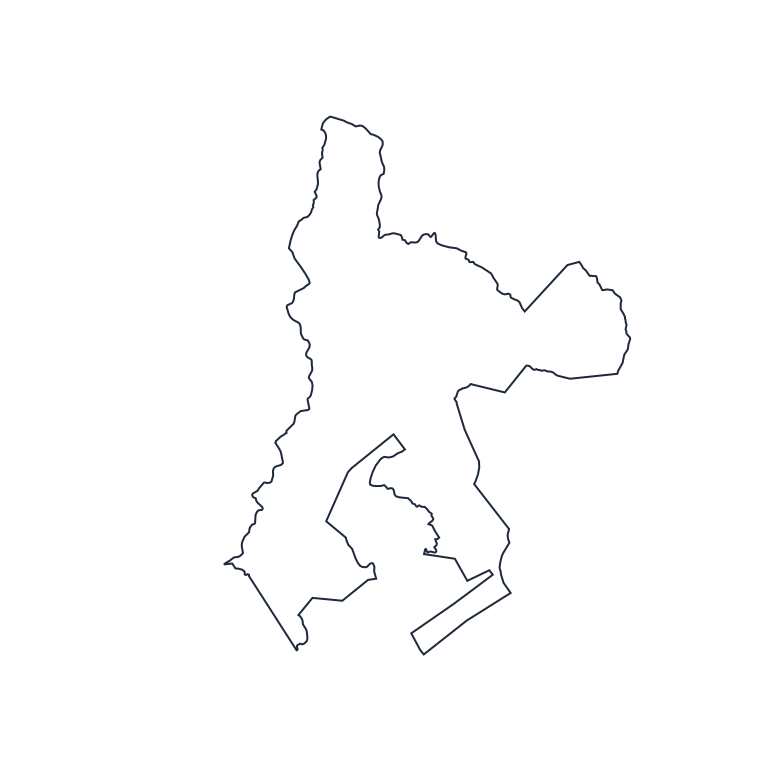 Guarita, Lempira, Honduras, rotated 51°
{"feature_id": "27666195B2541592461056", "entity_name": "Guarita", "entity_type": "district", "adm_level": 2, "iso_a3": "HND", "parent_name": "Honduras", "parent_adm1": "Lempira", "projection": "mercator", "projection_center": [-88.84, 14.202], "detail": "fine", "context": "isolated", "style": "outline", "palette": "slate", "viewbox_px": 768, "rotation_deg": 51, "n_neighbors": 0, "source": "geoboundaries", "source_scale": "gbopen_adm2", "svg_char_len": 6165}
<svg xmlns="http://www.w3.org/2000/svg" viewBox="0 0 768 768"><g transform="rotate(51 384 384)"><path d="M218.7,372.5L223.8,372.2L230.1,374.5L241.2,375.0L249.4,375.8L255.5,376.8L258.1,377.8L258.8,378.4L259.1,379.2L258.7,382.3L258.9,386.2L256.8,395.5L257.6,396.9L261.5,400.9L262.9,403.1L263.2,404.7L262.0,409.2L262.3,410.3L263.0,411.3L270.0,414.1L273.4,414.7L277.2,414.1L282.7,411.8L284.7,411.8L287.1,412.8L292.6,416.9L297.9,418.2L299.3,417.9L302.2,415.8L304.4,416.1L306.4,416.8L307.7,417.8L308.8,419.4L310.7,424.4L312.0,426.0L313.2,426.6L314.7,426.7L318.5,425.3L319.6,425.2L320.9,425.8L323.7,428.1L326.8,429.9L328.6,431.8L330.6,436.9L331.5,438.2L332.9,438.8L337.0,438.8L340.3,440.5L343.4,443.6L346.6,447.8L347.3,449.4L347.4,452.4L347.9,453.2L355.1,456.9L356.3,457.7L356.5,458.5L356.1,459.9L352.6,465.8L352.5,471.2L352.8,472.7L357.4,478.0L358.0,479.3L359.0,489.3L360.8,490.7L360.3,491.9L360.5,492.9L359.9,497.4L360.3,503.7L361.4,505.5L366.2,505.9L371.0,506.7L372.8,507.4L381.0,511.7L381.9,512.5L382.1,514.9L380.1,519.8L379.9,521.2L380.2,522.8L381.6,525.0L385.5,527.8L388.9,532.8L389.0,534.4L387.7,536.9L385.5,538.6L385.1,539.4L386.3,546.3L387.4,549.5L386.6,554.6L386.8,555.6L387.4,556.4L389.1,556.9L390.2,556.7L392.0,555.6L394.0,556.6L396.1,557.0L402.8,556.1L404.1,556.4L404.9,557.2L404.9,558.3L403.4,560.6L403.2,562.0L403.5,563.3L405.0,566.3L410.7,571.5L411.2,572.6L410.3,575.0L410.7,576.7L411.2,578.6L412.1,579.9L414.3,582.1L414.9,588.4L416.7,592.0L417.8,594.0L420.3,596.5L426.7,600.0L427.1,603.2L426.9,604.8L426.7,605.9L424.7,609.1L424.3,610.5L424.2,615.9L423.8,617.2L423.4,622.0L428.0,614.9L433.9,615.5L435.6,613.6L439.0,611.1L441.8,610.4L442.7,610.8L443.8,611.8L444.8,612.0L445.6,611.4L445.9,609.7L447.1,609.0L447.7,609.2L448.2,609.8L535.9,619.5L536.1,618.7L535.7,618.0L533.1,616.9L532.5,615.9L533.0,612.8L533.8,611.9L534.9,611.4L535.5,609.3L535.3,606.1L534.5,604.8L533.5,603.6L529.0,600.5L526.0,599.0L519.8,598.3L517.0,596.4L514.7,595.6L511.6,595.4L509.7,595.9L505.2,574.2L526.2,552.8L526.2,519.7L530.4,512.6L523.6,509.7L520.0,506.5L516.7,505.5L515.7,506.1L515.0,507.3L514.9,508.5L515.4,511.8L515.0,513.4L512.7,515.9L510.1,517.0L506.5,516.9L501.5,515.8L492.1,512.5L486.5,513.0L480.5,511.0L479.5,510.3L454.3,515.3L429.9,467.7L429.0,462.1L429.1,408.3L448.0,408.9L447.9,412.4L446.5,416.9L446.0,422.5L445.0,424.9L443.7,427.0L441.5,428.9L440.7,430.1L440.3,431.5L440.3,434.2L442.1,441.6L445.2,448.1L449.0,454.0L451.6,457.0L453.4,458.1L455.8,456.9L457.9,454.9L461.3,450.6L462.6,447.6L463.8,447.2L467.8,447.1L469.3,444.2L470.4,443.2L472.3,443.1L476.6,445.3L478.8,445.4L481.7,443.4L488.0,437.1L492.3,436.6L494.6,437.1L497.0,435.7L499.7,435.9L500.2,435.4L500.4,433.1L503.2,432.0L505.1,429.7L507.9,429.3L511.8,429.4L514.8,428.5L516.0,429.9L519.3,430.4L520.3,431.1L520.7,432.5L520.6,436.8L520.9,437.7L523.5,436.0L524.5,435.7L530.7,437.0L538.1,437.8L538.1,440.0L536.9,441.9L541.4,443.4L542.3,444.7L542.5,447.6L545.8,447.9L546.8,448.5L547.3,449.4L546.8,450.8L543.5,453.2L542.2,456.1L541.3,456.1L538.8,455.3L538.4,455.5L538.7,456.5L541.4,459.9L564.4,438.9L589.4,443.1L595.0,419.4L600.7,419.5L598.8,467.8L594.9,519.7L613.7,523.3L619.2,523.3L619.9,468.7L626.1,417.1L613.7,416.2L605.8,413.0L602.7,411.1L601.1,410.6L599.2,409.5L596.0,406.2L591.9,400.8L590.3,397.6L586.3,386.5L582.3,385.0L579.6,383.3L578.2,381.9L575.5,378.1L518.4,376.9L517.5,374.6L513.5,368.0L509.0,362.7L504.0,358.9L470.4,350.1L444.6,339.7L444.0,339.0L440.2,338.7L439.5,338.1L439.4,336.0L436.3,331.3L436.0,329.2L436.8,327.4L436.6,326.3L438.5,322.3L438.8,321.0L438.9,318.7L438.6,316.7L466.6,295.4L459.3,262.0L459.5,261.5L460.7,260.3L462.1,259.5L465.6,259.2L467.3,258.5L467.8,258.0L468.4,256.1L470.1,255.4L471.1,254.1L472.6,253.5L474.5,250.4L477.1,249.1L479.1,246.8L481.6,245.2L484.4,244.8L487.0,243.7L497.0,236.1L522.9,196.3L521.0,193.4L517.8,185.4L512.4,178.8L510.5,172.7L507.0,169.0L503.9,164.3L502.4,163.6L497.6,163.9L495.7,162.6L493.5,161.8L490.6,158.2L488.0,157.3L486.3,156.0L484.7,155.5L483.5,154.5L479.8,153.6L474.9,153.0L470.6,149.6L468.4,146.8L465.2,146.0L459.0,147.7L455.0,147.3L450.9,151.1L448.9,154.9L448.1,155.3L442.4,153.9L439.5,154.2L436.2,152.1L433.9,151.3L433.1,151.8L431.5,153.8L430.2,154.8L429.7,155.9L429.1,156.1L422.8,155.7L418.8,156.3L417.1,155.8L412.0,155.4L407.0,166.6L416.2,229.0L412.0,228.9L405.5,227.2L403.3,227.7L398.9,230.1L396.9,230.9L395.9,230.8L394.5,229.8L393.7,229.7L392.1,230.5L390.5,233.5L389.0,234.8L387.4,235.5L382.4,236.8L381.5,236.5L379.0,233.6L377.5,232.7L371.3,232.2L365.5,231.2L354.9,234.6L348.6,237.7L347.4,238.0L345.3,237.8L343.5,240.4L342.9,240.8L340.6,240.1L338.3,241.5L337.6,241.6L336.7,240.9L334.6,237.9L333.7,237.5L332.8,237.6L329.4,239.9L324.4,242.0L318.8,247.3L312.8,251.7L309.0,253.7L307.4,253.9L305.7,253.6L300.5,250.0L298.6,249.5L298.2,250.5L299.2,254.2L299.2,255.1L298.6,255.4L296.1,255.4L295.1,255.8L293.8,257.2L292.9,259.1L292.7,261.1L294.6,266.9L294.8,268.6L293.8,270.6L290.8,273.9L290.4,277.0L288.8,277.6L285.3,277.3L283.5,278.8L280.5,277.5L278.8,277.2L273.8,280.8L272.4,282.3L270.6,286.5L268.8,289.1L268.6,290.2L268.7,293.7L268.2,294.9L267.3,295.8L266.1,295.4L262.5,291.7L260.3,291.4L259.5,288.6L257.7,287.1L253.0,284.4L248.2,283.0L247.0,282.3L241.0,275.4L238.7,270.4L237.1,268.2L235.4,267.1L231.8,266.1L227.4,263.9L224.8,262.1L222.5,259.9L220.8,257.8L219.9,255.7L219.8,254.6L220.5,252.1L217.9,249.1L215.3,247.3L210.3,246.0L201.6,241.7L200.1,240.1L197.6,234.9L195.8,233.2L194.4,232.4L191.7,232.3L188.2,233.1L183.7,235.3L181.5,237.0L173.4,237.5L169.8,238.4L168.0,240.0L166.0,243.9L162.0,245.3L157.4,248.1L154.2,249.4L142.6,257.3L142.2,258.0L141.9,262.3L142.6,266.5L143.3,267.9L146.5,272.3L147.0,272.6L148.2,271.7L149.4,271.4L152.1,271.7L154.1,272.5L156.7,274.4L160.6,279.9L161.7,283.3L163.5,284.3L165.8,287.1L169.5,289.3L169.8,292.4L170.7,294.1L172.1,295.2L177.2,298.0L177.1,300.7L178.5,303.2L180.3,304.8L185.4,308.1L187.3,309.8L190.3,314.0L191.0,316.9L195.4,318.0L196.3,318.7L196.7,320.0L196.7,322.8L198.9,324.4L200.4,326.8L202.0,327.5L203.0,330.2L204.6,332.5L205.5,334.8L206.0,338.4L204.3,341.9L204.4,345.2L204.0,347.2L204.2,348.3L206.3,352.0L207.8,356.4L210.0,360.7L213.7,366.3L218.7,372.5Z" fill="none" stroke="#1e293b" stroke-width="2"/></g></svg>